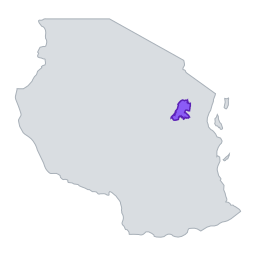 location of Kilindi, Tanga, United Republic of Tanzania
{"feature_id": "72390352B98761165374808", "entity_name": "Kilindi", "entity_type": "district", "adm_level": 2, "iso_a3": "TZA", "parent_name": "United Republic of Tanzania", "parent_adm1": "Tanga", "projection": "mercator", "projection_center": [37.598, -5.503], "detail": "fine", "context": "in_parent", "style": "filled", "palette": "violet", "viewbox_px": 256, "rotation_deg": 0, "n_neighbors": 0, "source": "geoboundaries", "source_scale": "gbopen_adm2", "svg_char_len": 6664}
<svg xmlns="http://www.w3.org/2000/svg" viewBox="0 0 256 256"><path d="M88.1,189.7L84.8,188.0L81.8,186.9L79.3,185.8L78.2,184.6L75.9,184.2L74.0,184.0L72.1,182.9L68.3,182.5L67.9,181.8L67.8,180.2L67.2,179.8L65.8,179.4L64.3,179.4L63.4,179.6L62.9,179.5L61.7,178.6L60.5,177.4L60.1,175.5L58.3,174.3L56.4,173.4L50.8,173.5L49.9,173.2L48.6,172.2L47.1,170.6L45.8,168.8L44.7,166.4L43.6,163.1L37.3,149.9L36.6,147.5L35.4,144.7L33.3,141.3L31.2,138.8L28.3,136.5L25.0,134.3L23.2,132.7L19.8,126.6L19.1,123.7L18.5,120.7L18.7,119.5L20.9,115.6L21.1,114.6L20.8,113.1L19.8,110.0L18.5,106.3L15.8,99.5L15.4,97.8L15.4,96.5L17.0,89.7L17.0,88.7L23.3,88.8L28.0,85.8L32.0,81.3L32.8,79.5L34.5,76.6L36.1,75.1L36.7,74.1L37.6,71.3L39.8,69.3L41.8,67.8L41.4,66.8L41.7,66.4L42.8,65.6L45.0,64.9L45.5,63.4L45.4,61.7L45.1,60.7L45.2,59.6L44.8,59.0L43.4,58.9L41.3,58.0L39.5,57.7L38.3,57.2L37.8,56.8L37.6,55.8L38.6,53.1L37.6,52.1L39.8,47.7L40.2,47.2L41.0,47.1L42.3,46.7L43.5,46.4L44.5,46.6L45.2,46.4L45.8,45.9L46.3,44.5L46.8,42.0L46.5,40.0L45.6,38.4L45.4,36.1L45.8,32.9L45.5,30.3L44.5,28.1L43.4,26.9L41.8,26.3L39.3,23.1L38.6,21.5L38.7,20.5L39.6,20.1L41.1,20.3L42.6,19.9L44.0,19.0L45.4,18.8L46.1,18.9L109.5,18.9L183.6,60.3L183.9,60.8L184.5,64.3L184.4,65.5L183.2,67.6L182.9,68.7L182.9,69.4L183.2,69.7L184.1,69.8L185.0,70.3L185.3,70.7L185.9,72.2L186.7,73.0L214.9,93.3L215.5,93.6L215.1,95.3L213.5,99.5L213.4,101.2L212.8,103.2L212.2,104.6L210.6,110.4L209.2,112.6L207.4,117.7L207.1,121.6L208.1,124.4L208.5,126.9L210.7,129.5L212.4,130.4L213.6,131.5L215.7,134.1L216.9,136.8L220.6,138.1L222.1,141.0L221.5,143.1L219.8,144.8L218.2,147.5L216.9,151.1L216.8,156.6L217.7,155.8L219.7,157.1L220.0,161.2L217.9,165.9L217.3,168.1L217.2,170.0L218.7,175.7L220.9,178.6L220.8,179.5L220.2,180.2L224.0,185.3L223.7,189.8L225.1,193.2L225.8,196.3L226.7,198.6L226.9,200.1L225.7,201.9L228.5,202.4L230.2,203.8L230.9,205.2L233.0,205.1L234.1,206.1L235.6,206.8L239.1,209.2L240.1,210.3L240.6,211.4L231.0,218.8L227.6,220.7L225.1,221.5L222.4,222.0L219.9,223.2L217.5,225.0L214.5,225.9L210.8,225.9L206.9,227.2L200.8,231.0L197.2,228.9L194.4,228.2L191.2,228.3L189.2,228.5L188.5,229.0L187.9,230.3L187.4,232.4L185.3,234.4L181.6,236.4L178.1,237.1L175.0,236.6L172.9,235.8L171.8,234.7L170.2,234.2L168.0,234.2L166.0,235.1L164.0,236.6L160.9,237.2L156.6,237.0L154.2,236.3L153.9,235.0L152.0,233.5L148.6,231.8L146.0,231.8L144.4,233.4L142.9,234.5L141.6,234.9L140.4,234.9L138.6,234.5L133.8,234.3L129.3,234.4L128.9,232.0L127.9,230.6L127.1,229.7L125.6,229.5L125.1,228.8L124.6,227.4L123.9,226.1L122.8,225.1L122.2,224.1L122.0,223.2L122.2,222.3L123.1,219.8L123.4,218.2L123.3,216.5L122.8,214.8L121.7,212.7L121.9,212.1L121.5,210.7L121.5,209.7L121.7,208.5L121.5,206.9L120.5,203.4L120.5,202.5L119.6,200.8L116.6,196.9L116.4,196.4L111.7,192.4L109.8,191.5L109.2,192.3L108.9,193.0L109.1,194.3L109.0,194.9L108.8,195.2L107.7,195.1L107.0,195.0L105.2,193.9L103.8,193.7L100.4,193.8L99.2,194.1L98.2,193.9L96.4,192.0L94.3,191.6L92.3,191.6L89.2,189.5L88.1,189.7ZM221.1,123.7L222.6,128.1L222.4,128.9L221.3,129.4L220.8,129.4L220.1,128.7L219.6,127.3L218.8,127.6L217.4,125.9L216.0,125.8L214.7,123.7L215.2,121.9L214.9,118.8L216.4,117.2L217.3,114.5L218.3,116.4L218.5,119.2L219.8,122.5L221.1,123.7ZM228.5,98.0L228.7,99.0L228.3,100.0L228.4,103.0L228.3,105.1L227.1,107.9L226.2,108.9L225.4,108.6L224.7,108.1L224.1,107.4L225.2,102.2L224.7,98.4L226.8,98.8L228.5,98.0ZM225.4,160.5L224.3,160.8L223.9,160.5L223.2,159.6L224.4,158.9L225.5,157.5L228.2,155.4L229.4,153.8L229.2,155.4L227.7,158.9L226.4,159.1L225.4,160.5Z" fill="#d9dde1" stroke="#a8b0b8" stroke-width="1"/><path d="M171.1,118.1L172.0,117.4L172.4,118.0L172.6,118.3L173.1,119.4L173.2,119.5L173.3,119.7L173.6,120.0L174.1,120.2L174.5,120.2L175.3,120.2L175.6,120.1L175.9,120.1L176.0,120.1L176.3,120.0L176.5,120.0L176.7,119.8L177.0,119.8L177.6,119.7L177.9,119.7L178.0,119.6L178.4,119.3L178.5,119.0L178.6,118.9L178.6,118.7L178.5,118.4L178.5,118.2L178.5,117.8L178.6,117.5L178.6,117.3L178.7,117.2L178.9,117.0L179.0,116.7L179.5,116.2L179.8,116.2L180.0,116.2L180.0,116.3L180.1,116.2L180.2,116.3L180.3,116.3L180.3,116.5L180.5,116.6L180.5,116.4L180.7,116.5L180.8,116.4L180.8,116.5L181.0,116.5L181.3,116.5L181.2,116.5L181.3,116.5L181.5,116.4L181.6,116.5L181.8,116.6L182.0,116.9L182.0,117.0L182.1,116.9L182.3,116.9L182.3,117.0L182.5,117.2L182.7,117.3L182.8,117.2L182.9,117.3L182.9,117.5L183.0,117.6L182.9,117.6L183.0,117.7L183.0,117.8L182.9,118.0L183.0,118.1L183.2,118.3L183.3,118.3L183.4,118.5L183.4,118.8L183.4,119.0L183.5,119.2L184.1,118.9L184.5,118.4L184.7,118.2L184.9,118.0L184.9,117.9L185.0,117.7L185.1,117.4L185.2,117.5L185.3,117.7L185.5,117.6L185.8,117.6L185.8,117.8L186.0,117.9L186.2,118.0L186.3,118.0L186.5,118.1L186.8,118.0L186.7,118.0L187.0,117.9L187.3,117.9L187.5,117.9L187.8,117.9L188.0,118.0L188.1,117.9L188.3,117.9L188.3,117.7L188.5,117.6L188.8,117.6L189.0,117.4L189.1,117.1L189.4,117.0L189.3,116.9L189.1,116.5L189.1,116.4L188.8,115.9L188.5,115.3L188.3,115.1L188.1,115.1L187.9,114.9L187.7,114.7L187.3,114.4L187.0,114.1L186.8,113.8L186.2,113.2L185.9,113.0L185.6,112.8L185.3,112.8L184.8,112.6L184.6,112.6L184.6,112.3L184.7,112.2L184.8,111.9L184.9,111.7L185.0,111.4L185.3,110.9L185.6,110.4L185.9,110.1L187.0,110.1L187.3,110.2L187.7,110.5L187.9,110.6L188.0,110.6L188.3,110.6L188.5,110.7L188.5,110.8L188.9,110.8L189.3,110.8L189.5,110.8L189.5,110.7L189.6,110.1L189.7,109.3L189.9,108.6L189.9,108.4L189.9,107.9L189.9,107.7L189.9,107.3L190.0,107.0L190.1,106.6L190.3,106.2L190.3,105.7L190.3,105.1L190.3,104.9L190.3,104.4L190.3,103.6L190.3,103.3L189.7,103.4L189.2,103.4L188.5,103.3L188.1,103.4L188.0,103.2L188.0,102.9L187.9,102.7L187.7,102.5L187.8,102.4L187.7,102.4L187.8,102.3L187.8,102.2L187.7,102.1L187.6,101.9L187.6,101.7L187.6,101.4L187.7,101.2L187.7,100.9L187.7,100.7L187.5,100.4L187.4,100.3L187.4,100.2L187.3,100.3L187.2,100.3L186.9,100.3L186.7,100.5L186.5,100.3L186.4,100.3L186.2,100.2L185.5,100.2L184.9,100.5L184.5,100.7L184.3,100.6L183.3,100.2L182.7,100.0L182.4,100.0L180.5,101.1L180.4,101.3L179.9,101.8L180.0,101.8L178.3,103.8L177.9,104.3L178.4,105.0L177.3,109.0L176.4,110.0L176.2,110.3L176.0,110.6L175.9,110.7L175.7,110.8L175.6,111.0L175.4,111.3L175.4,111.5L175.6,111.6L175.8,111.8L175.6,112.0L175.8,112.1L175.7,112.2L175.5,112.3L175.6,112.5L175.4,112.6L175.2,112.6L175.1,112.9L175.0,113.1L174.8,113.2L174.5,113.6L174.3,113.8L173.9,114.4L174.2,114.4L174.4,114.4L174.6,114.4L174.8,114.4L174.7,114.5L174.7,115.2L174.4,115.0L173.9,115.0L173.7,115.0L173.6,114.9L173.4,115.1L173.2,115.3L173.0,115.6L172.9,115.5L172.7,115.5L172.4,115.8L172.2,116.1L172.1,116.3L171.8,116.6L171.7,116.7L171.5,116.8L171.5,117.0L171.4,117.0L171.3,117.4L171.2,117.5L171.1,117.8L171.1,118.0L171.1,118.1Z" fill="#8b5cf6" stroke="#5b21b6" stroke-width="1.5"/></svg>